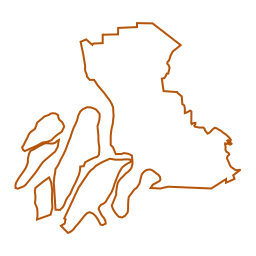 Klang, Selangor, Malaysia
{"feature_id": "92858781B44508451464311", "entity_name": "Klang", "entity_type": "district", "adm_level": 2, "iso_a3": "MYS", "parent_name": "Malaysia", "parent_adm1": "Selangor", "projection": "robinson", "projection_center": [101.362, 3.039], "detail": "fine", "context": "isolated", "style": "outline", "palette": "amber", "viewbox_px": 256, "rotation_deg": 0, "n_neighbors": 0, "source": "geoboundaries", "source_scale": "gbopen_adm2", "svg_char_len": 4632}
<svg xmlns="http://www.w3.org/2000/svg" viewBox="0 0 256 256"><path d="M80.6,41.8L83.2,54.1L84.8,63.7L85.2,66.8L85.0,68.8L85.4,71.6L86.6,74.1L87.0,76.6L89.7,79.9L94.1,79.9L95.5,81.9L97.3,84.9L104.2,93.0L109.8,100.6L111.8,104.1L113.1,107.4L113.3,111.7L113.6,115.7L112.7,124.1L111.5,129.1L110.7,135.7L110.7,145.0L112.9,147.1L115.8,154.1L121.8,153.9L123.8,153.1L126.3,153.4L128.7,153.9L131.9,155.6L132.5,161.7L132.5,163.7L131.6,167.5L130.3,169.5L128.1,171.8L125.6,173.6L123.2,176.3L120.9,178.4L119.1,180.6L117.8,182.9L117.1,185.7L116.2,191.7L116.2,194.8L114.4,199.1L111.8,205.6L112.9,208.9L115.1,212.5L117.1,215.0L118.7,216.7L122.0,217.5L125.2,215.7L127.6,212.5L128.1,209.4L128.1,205.1L128.3,201.1L128.7,197.1L132.1,192.5L134.3,189.5L136.8,187.7L139.4,183.7L140.8,177.9L141.9,174.1L143.9,171.8L145.2,170.8L147.0,169.8L150.2,169.5L152.2,170.3L154.4,171.8L156.6,173.6L158.4,174.8L160.0,176.9L160.4,179.6L159.5,181.1L152.8,184.7L150.6,188.0L160.4,188.5L168.2,186.7L211.3,188.5L226.0,179.1L226.0,182.7L234.5,178.9L233.2,175.3L240.6,169.6L238.2,170.1L237.2,170.1L235.9,170.1L235.0,169.7L234.7,169.5L230.9,166.8L229.8,165.0L228.5,161.7L226.9,158.2L227.6,156.1L229.2,154.6L228.7,153.1L226.3,151.6L225.4,149.6L225.6,147.1L225.1,144.5L225.1,143.4L225.3,143.4L225.9,143.5L226.7,144.0L227.3,143.7L227.6,143.1L228.1,143.3L228.6,143.9L229.3,144.3L230.1,144.6L230.7,144.5L231.5,143.8L230.3,142.5L228.7,141.7L227.3,140.7L228.1,140.1L229.5,141.0L230.5,141.0L230.8,139.6L229.5,138.0L228.3,136.7L226.0,134.6L224.3,133.4L223.1,132.6L220.8,130.7L218.3,129.4L216.6,128.3L214.7,127.8L213.3,128.9L212.0,130.0L210.4,131.8L209.1,132.9L207.6,133.6L205.0,130.4L204.6,128.7L203.3,127.5L201.4,127.5L199.8,127.6L197.0,127.1L194.7,126.6L194.3,125.5L195.4,124.2L195.4,122.9L192.7,123.3L191.8,124.1L191.3,123.3L191.4,111.5L190.1,110.6L188.6,111.5L187.1,112.3L184.8,113.1L184.8,108.5L184.6,106.8L184.1,105.3L182.3,104.0L181.8,96.4L177.8,93.2L177.3,92.1L163.6,91.1L161.8,78.6L164.4,78.1L165.8,75.9L166.7,73.6L168.2,73.6L168.9,70.6L169.6,67.8L168.7,65.3L167.3,63.7L167.6,61.7L168.7,61.0L169.6,58.9L170.5,55.7L171.6,53.6L172.9,51.4L180.7,45.1L152.6,23.4L137.0,23.1L137.0,27.1L118.2,27.9L118.0,34.4L102.7,34.7L102.7,43.1L93.2,43.6L92.4,44.9L86.2,39.4L80.6,41.8ZM63.1,206.9L64.7,203.6L66.0,200.1L67.8,197.1L70.3,193.8L72.3,189.0L74.1,185.4L75.6,182.4L77.2,178.9L79.0,174.6L79.9,170.8L80.1,169.0L80.3,166.5L83.7,166.2L85.2,162.2L87.7,160.9L90.6,159.4L93.9,157.9L97.3,156.7L99.0,154.6L99.3,150.8L99.3,146.8L98.6,142.8L98.4,139.0L98.4,134.9L97.7,129.1L97.5,126.1L98.6,122.8L99.3,120.0L99.7,116.5L99.5,113.7L97.9,111.7L95.9,109.4L93.2,108.2L90.8,107.4L87.2,107.2L82.8,109.2L80.3,111.5L78.3,115.5L77.2,120.0L75.6,123.8L73.4,128.4L71.6,133.4L70.3,137.7L68.3,142.3L67.4,145.0L65.8,149.3L64.0,153.4L62.0,157.2L60.4,160.2L58.7,164.0L57.1,166.8L55.5,169.0L55.1,172.8L54.4,176.3L54.0,180.1L53.7,183.2L54.0,185.4L55.5,209.7L60.0,209.9L63.1,206.9ZM110.0,158.7L103.1,161.7L99.3,163.7L95.7,166.0L93.5,168.3L91.2,170.0L89.0,172.3L85.4,177.6L78.7,187.5L64.2,218.5L65.6,219.3L65.1,221.3L64.7,223.6L60.9,225.8L68.0,232.9L70.9,231.6L73.4,229.4L75.8,226.3L78.5,223.3L80.7,220.5L84.1,216.2L87.0,213.2L89.5,212.2L93.2,213.7L95.7,216.2L98.2,220.0L100.6,224.6L102.6,225.1L105.7,223.6L105.5,221.3L104.0,218.0L102.4,216.2L101.1,214.2L98.6,208.9L99.3,206.9L101.1,204.6L102.8,204.1L105.5,202.1L106.9,199.8L108.6,196.8L111.5,192.3L113.3,188.0L114.4,184.2L115.8,180.6L118.5,173.8L120.5,170.0L122.3,167.3L125.2,165.0L127.6,163.5L131.0,161.7L130.5,159.7L128.7,159.4L124.3,159.4L121.4,159.7L119.1,159.7L115.3,159.7L110.0,158.7ZM27.6,149.8L36.3,146.0L42.6,142.5L46.4,142.0L49.5,141.0L51.5,140.2L53.5,138.0L55.5,136.2L57.8,134.4L61.8,131.7L63.1,128.9L64.2,126.6L63.1,123.8L61.8,121.8L59.1,119.5L58.2,116.8L58.2,115.2L55.5,113.5L52.6,113.2L50.4,113.7L49.3,114.7L44.4,116.5L41.5,119.0L37.2,122.6L36.1,125.8L35.0,128.9L31.9,131.1L29.9,132.7L28.3,135.4L27.2,138.2L25.6,141.0L23.2,146.0L22.1,147.1L22.9,149.6L24.7,151.1L27.6,149.8ZM58.4,142.8L58.9,140.0L56.9,141.2L55.1,142.8L53.1,143.5L50.2,143.5L47.5,143.3L44.8,143.3L38.8,146.3L35.7,148.3L33.2,149.6L30.3,151.1L29.0,153.9L28.3,156.9L27.9,158.9L27.9,162.2L27.0,165.0L25.8,167.8L24.5,170.0L21.6,174.1L20.0,176.3L18.5,178.6L16.0,182.9L15.4,185.7L15.6,188.0L17.8,188.7L20.7,187.5L23.6,186.4L25.6,184.9L35.2,173.1L40.1,166.0L42.8,162.2L45.3,159.9L47.3,158.2L50.0,155.9L51.5,154.6L55.1,151.6L57.5,147.3L58.0,145.3L58.4,142.8ZM50.6,214.7L52.4,207.7L52.0,200.1L52.2,190.0L51.1,182.2L49.1,177.4L42.8,181.9L35.4,188.0L34.8,191.7L35.4,195.5L35.4,199.6L35.0,203.1L37.2,208.4L37.5,212.5L37.5,215.5L37.0,219.5L50.6,214.7Z" fill="none" stroke="#b45309" stroke-width="2"/></svg>